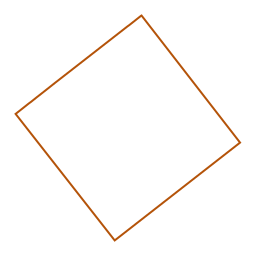 Thayer, Nebraska, United States of America (orthographic projection), rotated 142°
{"feature_id": "52423323B135061337198", "entity_name": "Thayer", "entity_type": "district", "adm_level": 2, "iso_a3": "USA", "parent_name": "United States of America", "parent_adm1": "Nebraska", "projection": "orthographic", "projection_center": [-97.601, 40.176], "detail": "fine", "context": "isolated", "style": "outline", "palette": "amber", "viewbox_px": 256, "rotation_deg": 142, "n_neighbors": 0, "source": "geoboundaries", "source_scale": "gbopen_adm2", "svg_char_len": 371}
<svg xmlns="http://www.w3.org/2000/svg" viewBox="0 0 256 256"><g transform="rotate(142 128 128)"><path d="M48.7,47.5L48.1,208.3L48.8,208.4L63.7,208.3L66.0,208.4L66.5,208.4L67.1,208.4L156.3,208.5L157.7,208.5L158.1,208.5L174.7,208.4L181.3,208.4L188.1,208.3L190.7,208.4L191.5,208.4L207.9,208.3L207.7,47.6L48.7,47.5Z" fill="none" stroke="#b45309" stroke-width="2"/></g></svg>